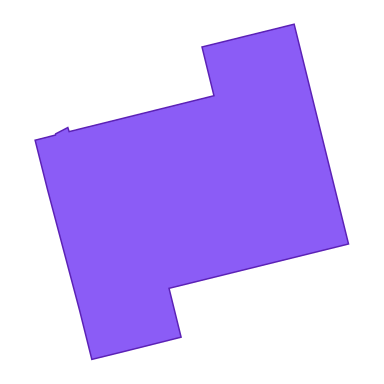 Beckham, Oklahoma, United States of America, rotated 166°
{"feature_id": "52423323B70117049347271", "entity_name": "Beckham", "entity_type": "district", "adm_level": 2, "iso_a3": "USA", "parent_name": "United States of America", "parent_adm1": "Oklahoma", "projection": "equal_earth", "projection_center": [-99.609, 35.27], "detail": "fine", "context": "isolated", "style": "filled", "palette": "violet", "viewbox_px": 384, "rotation_deg": 166, "n_neighbors": 0, "source": "geoboundaries", "source_scale": "gbopen_adm2", "svg_char_len": 391}
<svg xmlns="http://www.w3.org/2000/svg" viewBox="0 0 384 384"><g transform="rotate(166 192 192)"><path d="M52.5,242.0L52.3,330.1L101.1,330.2L147.2,330.3L147.4,280.1L296.6,280.3L296.9,284.6L310.3,281.4L310.7,280.3L331.7,280.2L331.6,229.5L329.7,104.3L329.7,78.9L329.7,53.8L291.2,53.7L237.7,53.8L237.6,104.1L52.7,103.7L52.5,242.0Z" fill="#8b5cf6" stroke="#5b21b6" stroke-width="1.5"/></g></svg>